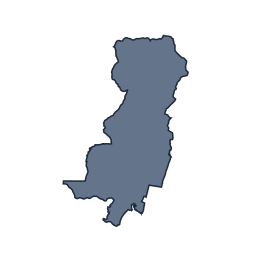 Cotofanesti, Bacau, Romania, rotated 151°
{"feature_id": "2599482B84293902870266", "entity_name": "Cotofanesti", "entity_type": "district", "adm_level": 2, "iso_a3": "ROU", "parent_name": "Romania", "parent_adm1": "Bacau", "projection": "natural_earth1", "projection_center": [26.959, 46.124], "detail": "fine", "context": "isolated", "style": "filled", "palette": "slate", "viewbox_px": 256, "rotation_deg": 151, "n_neighbors": 0, "source": "geoboundaries", "source_scale": "gbopen_adm2", "svg_char_len": 5715}
<svg xmlns="http://www.w3.org/2000/svg" viewBox="0 0 256 256"><g transform="rotate(151 128 128)"><path d="M112.6,187.3L114.4,185.7L115.4,184.5L115.4,183.7L116.5,181.7L117.5,180.3L117.7,179.7L118.0,178.3L117.8,177.8L116.7,176.9L116.4,175.9L116.3,174.5L116.5,173.7L116.5,172.5L115.9,171.7L115.7,170.2L116.4,169.2L116.2,168.7L115.5,168.1L115.7,167.6L115.6,166.4L115.8,165.9L115.8,165.5L115.9,165.0L115.6,163.8L114.3,162.3L113.7,161.9L111.9,161.5L110.2,161.6L110.0,161.4L113.0,158.5L114.7,157.7L115.8,156.5L116.1,155.6L116.5,155.0L117.2,154.8L119.2,153.5L120.4,152.3L121.2,151.9L123.5,151.4L126.1,149.5L126.9,149.0L129.3,148.4L131.6,148.0L134.1,146.8L134.6,146.2L135.5,146.2L137.1,146.6L138.5,146.3L140.1,146.5L141.4,146.3L142.1,145.9L144.6,145.8L145.4,145.4L147.0,144.1L146.9,143.5L148.1,141.5L148.0,141.0L147.7,140.5L147.6,139.5L148.3,138.9L150.3,138.4L151.1,135.9L149.8,133.0L149.6,131.9L148.3,128.5L148.5,127.4L148.4,126.0L149.0,124.7L149.3,124.6L149.3,124.2L150.1,122.1L151.9,123.0L152.5,123.6L153.0,123.6L154.7,124.9L156.6,125.4L156.9,125.8L156.8,126.0L158.0,126.6L158.2,126.3L161.8,127.5L164.9,129.2L165.4,129.1L165.6,128.6L166.2,128.4L168.6,129.0L169.1,128.5L170.0,128.5L170.3,128.7L170.5,128.1L171.2,128.8L171.6,128.6L171.4,128.1L171.6,128.1L172.0,127.6L171.7,127.6L171.9,126.9L173.5,126.2L174.5,126.3L174.8,125.7L174.6,125.3L177.5,123.7L177.1,123.3L177.3,123.0L177.9,122.2L178.8,121.6L179.9,120.3L181.0,119.0L180.3,118.6L182.5,115.9L183.1,114.3L182.9,113.6L183.0,113.3L182.8,112.8L183.3,112.3L183.9,110.3L183.9,109.9L184.5,108.8L188.1,105.9L191.2,102.3L210.1,112.9L211.7,110.6L209.8,109.4L208.6,107.9L208.3,104.3L207.4,103.1L206.8,101.0L207.1,98.4L207.2,95.7L207.5,94.3L208.1,93.1L207.7,91.9L206.6,90.8L203.7,90.4L202.5,88.9L200.9,87.2L197.6,87.0L196.6,85.8L195.5,84.9L193.3,85.1L191.1,85.0L188.1,83.0L187.4,81.1L186.7,79.7L184.6,77.6L184.4,76.6L183.7,75.6L182.6,74.9L180.3,76.2L178.8,75.9L176.3,74.9L175.3,72.4L175.5,72.1L175.4,71.7L176.8,70.5L179.4,69.5L180.0,69.6L181.6,68.8L181.7,68.4L181.5,67.8L182.8,67.7L183.8,68.7L184.0,68.6L184.2,68.1L184.8,67.5L185.2,66.5L185.1,66.2L185.0,65.5L186.2,64.6L186.2,62.9L185.6,62.9L186.3,62.2L188.1,61.6L188.7,60.9L189.0,60.9L189.3,60.6L189.9,59.3L190.2,58.8L191.2,58.7L192.1,59.2L192.6,60.0L193.0,60.1L193.5,60.7L194.3,59.8L193.4,57.3L192.8,56.2L190.1,55.5L189.8,55.2L189.0,54.8L188.3,53.7L188.1,51.6L187.5,50.5L187.4,49.8L185.9,48.0L185.3,47.7L184.7,47.7L184.1,47.7L183.7,48.1L183.4,48.2L182.7,47.7L182.2,47.6L180.0,50.3L177.7,52.3L176.7,53.0L172.8,54.9L169.3,56.0L167.4,56.5L166.7,55.7L166.7,55.4L165.6,55.0L165.1,54.3L165.0,54.0L164.7,54.0L164.3,54.5L163.9,54.7L163.8,55.6L163.9,55.9L163.8,56.2L162.1,59.1L161.7,59.1L161.3,58.8L159.5,59.2L159.5,58.6L159.2,58.2L158.7,56.7L158.7,55.9L159.3,55.9L159.4,56.1L159.3,56.6L159.9,55.9L160.3,55.9L160.5,56.4L160.3,56.9L160.4,57.2L160.6,57.3L160.7,57.2L161.2,56.0L160.7,55.8L161.1,54.9L161.2,54.2L161.3,53.6L161.6,53.6L161.5,53.1L160.6,52.6L160.9,52.2L160.8,51.8L159.1,49.6L159.2,49.3L159.0,49.1L159.0,48.5L158.6,48.2L158.3,47.4L158.1,47.4L158.0,47.6L157.7,47.6L157.8,46.9L157.4,47.4L157.1,47.1L157.3,46.7L156.8,46.8L156.6,46.7L156.2,47.2L154.6,48.2L152.6,51.0L150.8,52.9L149.9,54.4L151.8,57.0L148.9,59.0L147.2,60.5L146.3,59.8L145.7,58.8L137.3,67.8L127.4,60.1L126.5,60.9L125.5,62.4L124.8,62.7L124.6,63.2L124.2,63.7L123.9,64.3L123.6,64.6L121.0,66.9L120.0,67.5L118.5,68.8L116.9,70.4L116.5,71.1L115.5,72.1L114.0,73.1L113.4,74.0L112.6,74.4L108.9,78.1L108.0,78.6L106.2,80.2L105.6,81.0L104.2,81.7L105.0,84.0L104.6,83.8L104.5,84.0L104.3,83.9L104.2,84.1L104.7,84.6L104.6,84.9L104.8,85.1L104.5,85.3L104.5,85.5L104.3,85.4L103.9,85.7L103.9,85.9L103.5,86.4L103.6,86.7L102.8,87.6L102.6,87.9L102.2,87.7L101.8,87.7L101.8,87.9L102.0,88.0L101.8,88.1L101.6,87.9L101.2,88.3L100.7,88.4L100.4,88.7L100.4,89.0L100.1,89.1L99.9,89.3L99.9,89.8L99.6,90.1L99.5,90.8L99.6,91.5L99.6,91.8L99.4,92.6L99.1,93.3L98.5,93.8L98.6,94.1L97.2,97.0L96.8,96.8L96.1,97.2L94.7,96.3L93.3,97.7L93.1,98.7L92.1,100.3L91.5,102.4L92.3,103.4L93.9,106.5L92.6,108.0L92.4,108.5L92.4,110.8L91.9,111.4L90.2,112.5L89.6,113.5L89.6,114.0L88.7,114.3L88.1,115.0L85.4,115.9L86.1,116.4L86.5,117.0L86.8,117.8L87.0,119.9L87.3,120.5L88.4,121.9L89.0,122.4L88.7,122.9L87.2,124.5L86.5,124.8L85.2,126.3L83.6,126.2L79.9,127.5L75.3,128.6L73.4,129.4L72.3,130.3L73.3,132.5L73.3,133.2L73.1,134.0L72.7,134.8L71.0,136.2L70.1,137.4L68.7,138.6L66.8,138.8L66.6,139.1L66.5,140.9L65.5,141.7L64.0,142.5L63.7,143.2L62.8,143.7L61.8,144.3L59.7,144.8L57.0,146.7L54.9,146.5L51.2,145.4L50.8,145.4L49.6,146.3L49.0,146.9L48.5,147.5L48.5,148.3L49.3,150.6L48.3,152.5L48.2,153.2L47.5,154.4L45.0,157.0L44.5,157.7L44.3,158.5L44.3,158.8L44.8,159.3L44.9,161.0L45.4,162.2L46.4,163.1L47.4,164.9L47.7,166.6L48.2,167.6L48.4,168.7L48.8,169.8L49.3,172.3L49.3,173.2L46.9,177.4L46.7,178.7L47.0,179.6L46.8,180.2L46.0,181.6L46.1,182.2L46.0,182.7L45.3,184.0L46.3,185.5L46.1,186.3L46.4,186.8L46.4,187.1L48.1,188.7L50.4,190.1L51.4,191.2L52.2,191.7L53.9,190.4L55.8,190.0L56.2,189.8L56.5,190.3L57.2,190.9L59.1,191.1L60.9,191.9L62.9,193.8L64.9,194.2L65.2,194.2L66.2,193.5L66.3,195.0L66.5,196.5L66.9,197.0L67.5,197.5L70.0,198.2L71.2,199.5L73.8,200.3L74.4,200.7L75.4,200.8L76.8,201.8L77.3,202.1L78.4,202.1L79.0,201.9L79.4,202.2L80.9,202.4L81.8,203.4L82.8,205.1L83.2,205.5L84.0,205.9L84.4,206.3L85.2,207.4L86.2,208.0L87.1,208.1L88.5,207.9L90.4,207.0L91.0,206.9L91.9,207.3L92.7,208.2L93.8,209.1L94.3,209.3L95.9,209.3L97.4,208.5L98.3,207.6L100.3,206.2L101.2,206.0L100.5,204.9L100.5,204.4L100.5,204.0L101.0,202.6L100.9,201.6L101.8,200.5L103.6,196.6L103.4,195.8L103.8,193.5L103.9,191.9L104.0,191.3L104.7,190.5L105.1,190.3L106.6,190.3L109.4,189.4L110.4,188.7L111.5,187.7L112.6,187.3Z" fill="#64748b" stroke="#1e293b" stroke-width="1.5"/></g></svg>